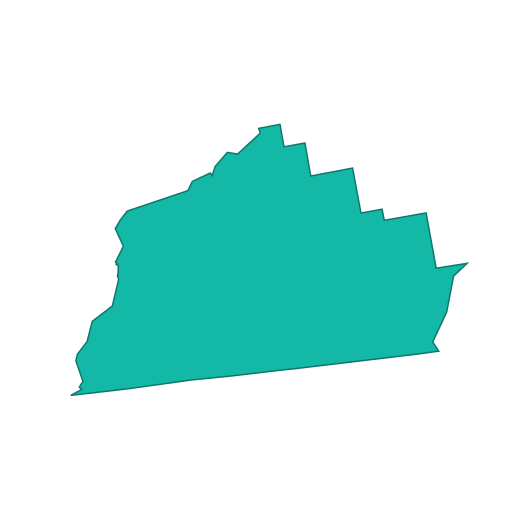 outline of Gadsden, Florida, United States of America, rotated 170°
{"feature_id": "52423323B51535248954707", "entity_name": "Gadsden", "entity_type": "district", "adm_level": 2, "iso_a3": "USA", "parent_name": "United States of America", "parent_adm1": "Florida", "projection": "natural_earth1", "projection_center": [-84.522, 30.55], "detail": "fine", "context": "isolated", "style": "filled", "palette": "teal", "viewbox_px": 512, "rotation_deg": 170, "n_neighbors": 0, "source": "geoboundaries", "source_scale": "gbopen_adm2", "svg_char_len": 1015}
<svg xmlns="http://www.w3.org/2000/svg" viewBox="0 0 512 512"><g transform="rotate(170 256 256)"><path d="M400.2,147.3L340.6,145.1L302.1,142.2L299.3,142.0L256.8,139.6L256.7,139.6L232.3,138.0L110.5,131.2L93.4,130.6L92.6,130.5L96.9,140.7L78.0,167.6L64.9,201.9L49.4,212.1L80.7,212.7L81.0,268.9L123.5,268.9L123.7,280.2L145.2,280.1L145.6,325.8L188.2,325.3L188.2,358.8L209.5,358.7L209.5,381.5L231.2,381.2L230.4,376.3L256.4,359.6L266.3,363.0L280.6,351.3L285.3,342.7L286.6,345.7L305.7,340.5L311.8,332.2L375.0,322.6L383.0,315.4L389.8,307.5L384.9,288.6L395.5,274.3L395.4,273.9L394.7,273.4L394.6,272.9L394.6,272.3L395.1,271.8L394.7,271.6L393.7,271.8L393.7,270.8L393.4,270.2L393.4,269.2L393.8,268.5L393.8,267.3L394.3,265.6L394.9,262.8L395.5,261.2L395.5,260.6L395.9,260.3L396.0,259.7L395.6,259.4L395.4,258.7L395.5,256.3L395.9,255.5L406.2,231.7L428.6,220.1L437.2,201.1L449.0,190.2L451.6,184.0L448.2,162.6L452.8,157.5L450.8,154.9L462.6,150.9L403.9,147.4L400.2,147.3Z" fill="#14b8a6" stroke="#0f766e" stroke-width="1.5"/></g></svg>